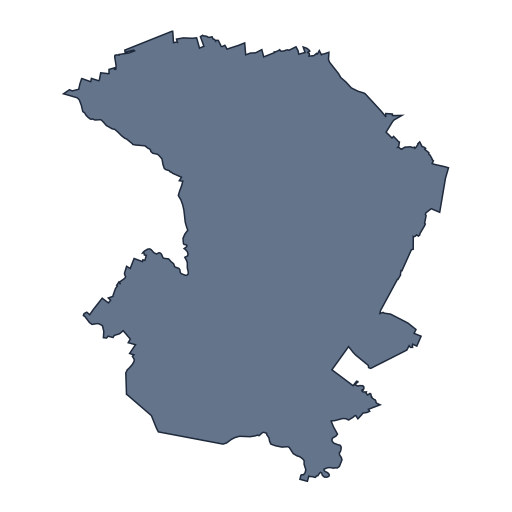 the district of Yanga, Veracruz, Mexico
{"feature_id": "50627088B86656079275604", "entity_name": "Yanga", "entity_type": "district", "adm_level": 2, "iso_a3": "MEX", "parent_name": "Mexico", "parent_adm1": "Veracruz", "projection": "mercator", "projection_center": [-96.801, 18.823], "detail": "fine", "context": "isolated", "style": "filled", "palette": "slate", "viewbox_px": 512, "rotation_deg": 0, "n_neighbors": 0, "source": "geoboundaries", "source_scale": "gbopen_adm2", "svg_char_len": 5985}
<svg xmlns="http://www.w3.org/2000/svg" viewBox="0 0 512 512"><path d="M126.5,394.4L126.8,394.4L151.4,415.6L156.6,428.6L158.4,431.9L223.0,444.1L226.5,443.0L231.2,439.5L234.6,437.7L238.2,436.6L239.8,436.3L250.1,436.7L255.2,435.9L257.5,435.1L259.0,435.7L262.5,432.6L263.4,432.3L264.7,432.6L266.6,433.3L266.7,434.6L268.9,437.8L269.7,441.7L270.5,443.0L270.5,443.7L271.1,444.2L275.6,445.8L281.9,447.1L287.7,446.7L289.2,447.4L293.3,453.7L297.3,456.0L299.0,456.4L300.8,457.4L303.0,459.2L304.1,460.6L304.1,464.3L305.8,469.7L305.1,472.7L303.5,474.7L301.4,474.8L300.9,475.3L299.9,479.3L307.4,481.3L308.8,476.1L309.4,476.5L312.9,476.7L314.3,477.3L315.5,477.3L316.6,475.8L317.8,475.8L319.3,473.5L320.5,472.3L321.7,473.1L322.4,475.4L324.4,477.1L326.9,477.2L328.8,476.4L329.3,475.1L329.0,474.2L327.7,472.7L325.0,471.4L324.2,470.6L323.9,469.3L327.0,467.9L329.7,467.5L333.7,468.2L335.1,467.8L337.2,468.0L339.3,466.5L339.6,465.9L342.0,459.8L341.3,457.5L339.7,455.1L339.4,453.7L339.4,452.7L340.2,451.9L340.7,450.7L341.2,448.2L341.0,446.4L339.9,445.1L338.4,444.9L333.7,443.1L332.4,441.5L331.9,440.3L332.5,438.1L336.0,436.1L337.5,434.1L333.4,426.7L331.2,421.2L331.3,420.8L334.4,420.7L342.8,418.5L345.9,418.7L348.6,420.0L352.9,417.4L354.7,415.8L355.7,415.5L357.9,418.8L361.8,414.6L362.8,413.1L366.9,412.5L369.7,411.3L368.4,409.3L380.1,404.8L376.8,403.3L376.1,402.6L375.8,401.0L375.0,399.7L374.2,399.5L371.6,397.5L371.9,397.0L371.2,396.2L370.9,394.1L370.0,393.5L369.4,393.6L368.7,394.4L367.6,395.0L366.0,393.0L366.4,391.9L363.5,392.0L362.8,391.8L362.0,390.8L361.9,390.1L362.5,389.6L363.3,390.0L363.9,388.3L363.9,386.9L363.4,386.7L362.9,385.7L359.5,385.6L358.0,386.1L355.4,385.0L355.7,384.5L355.5,383.5L355.8,383.2L356.7,383.1L356.8,382.5L358.0,381.9L357.8,381.5L356.6,381.2L353.1,385.7L331.9,369.8L348.6,346.6L352.9,352.1L355.6,355.0L368.3,365.4L368.6,367.6L370.7,368.4L406.8,350.1L409.1,345.7L410.5,347.4L412.6,347.4L412.4,345.7L412.7,344.2L416.8,346.1L421.1,336.2L414.1,333.4L416.0,329.5L408.0,323.1L390.6,314.1L384.4,313.2L383.1,312.4L379.9,313.5L380.6,310.4L397.5,279.2L398.0,279.4L400.6,274.9L400.4,274.1L401.1,270.5L401.9,270.8L411.4,249.7L413.2,249.3L413.3,236.5L413.8,236.8L415.1,236.3L416.6,234.9L418.4,236.1L419.7,235.0L420.0,233.5L424.6,225.7L425.3,224.0L424.6,223.4L426.1,215.6L425.4,214.4L425.6,213.5L426.1,212.7L431.2,208.7L439.7,212.3L445.5,178.2L448.5,167.8L445.1,166.8L433.8,164.2L432.1,163.5L433.4,160.8L432.1,159.6L432.3,159.3L430.1,155.2L428.7,154.1L428.9,152.7L424.7,149.3L425.6,148.3L424.1,147.2L422.1,146.5L419.7,141.9L417.9,143.7L418.1,144.0L416.3,146.9L414.9,148.3L414.4,147.2L412.7,147.6L410.5,146.8L407.1,147.0L405.9,147.3L405.2,147.0L402.8,148.4L402.0,149.2L401.5,148.8L401.0,149.2L398.8,147.3L397.8,147.4L398.8,146.1L399.4,142.0L398.8,141.9L393.6,136.4L392.0,138.0L386.1,132.2L392.6,121.6L394.0,120.0L401.9,115.4L392.5,115.6L392.4,114.0L385.8,113.5L385.7,116.1L386.0,117.0L381.5,111.5L365.3,93.9L364.1,93.1L357.9,91.2L351.3,87.9L345.9,82.0L340.8,77.6L338.5,73.6L329.6,62.3L328.5,59.5L328.9,52.3L323.8,54.0L322.6,54.1L321.4,54.8L319.3,50.6L317.6,53.8L316.8,54.1L316.5,53.5L313.8,55.7L309.0,56.1L309.4,54.0L309.2,53.3L307.7,52.6L307.9,52.1L309.8,51.1L308.8,49.8L306.8,48.3L303.2,47.0L305.0,52.5L298.8,54.2L298.1,50.8L296.0,46.8L288.9,50.3L287.8,49.8L285.3,50.3L284.9,50.7L283.5,51.0L281.4,51.2L280.6,51.0L279.7,49.7L278.1,50.8L275.6,51.8L274.2,51.9L274.3,52.7L263.7,56.9L261.8,49.6L255.7,52.8L250.3,53.1L245.7,54.8L244.7,42.9L238.4,45.4L227.0,49.1L224.9,45.3L222.1,46.6L221.2,46.4L218.3,40.4L215.7,40.3L215.6,41.0L214.3,39.3L212.9,38.8L212.1,36.8L209.2,37.4L208.0,37.2L207.5,36.7L205.9,36.1L203.1,35.8L202.7,35.3L200.4,36.6L203.9,46.3L199.5,48.1L196.6,37.8L192.6,38.3L183.4,37.9L176.5,39.1L177.4,42.3L176.7,42.0L173.5,42.7L172.7,30.7L172.6,31.0L124.8,50.1L125.1,52.3L133.4,50.1L133.8,50.1L134.6,50.9L129.0,53.0L119.0,54.5L119.1,55.0L116.0,54.9L115.5,55.4L114.9,55.4L114.7,57.0L116.1,65.6L115.8,69.3L114.5,69.3L114.6,67.8L109.0,69.4L109.0,73.6L108.6,73.7L100.7,72.8L99.4,79.8L98.8,80.8L91.4,78.4L90.7,81.7L81.8,78.5L81.6,78.7L79.9,83.9L78.7,89.3L72.2,90.9L69.5,89.7L63.5,93.8L77.0,97.7L78.5,99.0L79.3,99.9L81.3,105.2L82.8,111.6L84.7,112.9L85.9,115.1L87.9,117.2L90.2,119.0L91.2,119.3L92.1,119.0L93.2,119.2L94.8,120.0L100.6,119.7L101.5,120.2L103.5,122.2L106.3,125.5L112.1,128.8L114.8,129.4L117.6,131.8L121.6,135.8L124.8,138.3L126.6,139.0L132.2,143.6L132.9,144.5L135.6,145.0L144.9,145.8L148.3,148.5L149.1,148.6L150.5,149.9L150.8,151.5L152.9,153.3L157.4,154.2L158.8,155.3L162.0,159.0L163.0,164.6L164.3,168.5L165.8,169.6L169.1,170.6L170.3,172.0L171.6,172.2L172.5,173.3L181.5,177.2L179.3,180.7L182.8,181.2L181.7,185.4L179.6,191.1L178.3,195.5L181.0,200.1L182.7,204.9L183.9,210.2L185.2,222.0L186.7,227.4L187.8,230.2L184.9,234.0L183.0,238.3L183.4,243.4L184.0,244.4L186.6,245.0L186.9,245.9L186.7,246.7L184.1,248.6L185.3,249.4L187.3,251.6L188.0,254.0L187.7,255.8L184.8,257.3L186.6,260.6L187.3,262.8L187.3,267.9L188.3,272.2L188.0,274.3L186.4,275.4L185.2,275.2L181.1,273.6L180.2,272.3L179.9,269.8L178.9,268.4L174.8,266.9L173.5,263.6L171.2,261.8L168.6,258.9L163.9,258.3L163.0,257.8L161.6,254.5L160.8,253.4L159.6,252.8L158.8,252.8L156.5,254.0L153.8,252.7L151.4,249.9L149.9,248.9L147.7,249.1L144.5,251.0L143.3,252.1L142.7,253.0L143.9,252.7L144.4,255.0L146.3,255.3L144.9,260.4L142.9,259.8L142.5,261.6L142.2,261.5L134.1,258.5L130.2,268.5L126.6,266.3L124.5,273.2L124.6,274.4L125.6,276.8L125.1,277.9L124.1,278.8L119.4,282.1L120.5,284.3L118.9,282.0L116.6,285.4L117.3,286.1L115.5,288.5L113.1,295.2L113.0,296.3L108.3,298.0L110.6,300.2L108.4,302.9L102.2,298.2L93.6,309.1L89.7,314.7L86.8,312.2L84.4,313.4L83.7,314.3L83.4,315.6L84.9,316.5L89.5,322.6L92.0,324.4L97.1,323.6L98.9,323.8L102.4,325.6L103.8,331.4L103.4,337.7L106.6,338.0L108.1,336.2L113.0,337.5L114.3,335.4L119.5,333.8L123.2,330.7L130.3,339.1L128.2,342.7L135.5,344.7L129.6,353.5L133.9,354.8L132.4,356.3L134.2,359.3L134.1,361.3L132.3,364.5L128.6,368.7L127.4,369.6L125.8,372.9L126.5,394.4Z" fill="#64748b" stroke="#1e293b" stroke-width="1.5"/></svg>